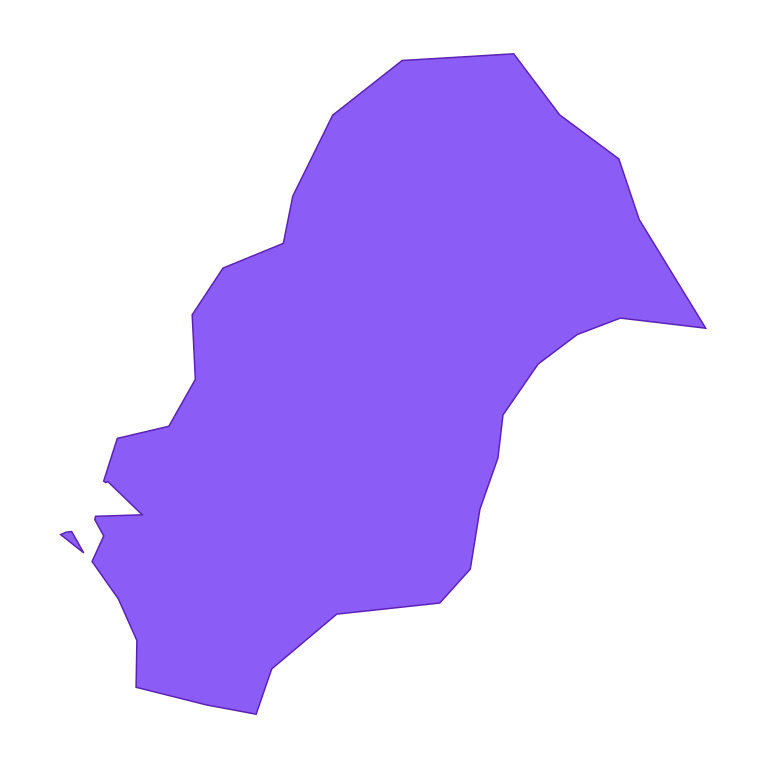 outline of Potamia, Nicosia, Cyprus, rotated 181°
{"feature_id": "46923920B79124900132946", "entity_name": "Potamia", "entity_type": "district", "adm_level": 2, "iso_a3": "CYP", "parent_name": "Cyprus", "parent_adm1": "Nicosia", "projection": "albers", "projection_center": [33.464, 35.05], "detail": "fine", "context": "isolated", "style": "filled", "palette": "violet", "viewbox_px": 768, "rotation_deg": 181, "n_neighbors": 0, "source": "geoboundaries", "source_scale": "gbopen_adm2", "svg_char_len": 706}
<svg xmlns="http://www.w3.org/2000/svg" viewBox="0 0 768 768"><g transform="rotate(181 384 384)"><path d="M63.3,445.4L131.7,552.9L153.1,613.1L213.1,656.2L260.1,716.4L371.5,707.8L440.0,651.9L478.5,570.2L487.1,522.9L547.0,497.1L577.0,449.8L572.7,385.3L598.4,338.0L649.7,325.0L662.6,282.0L660.6,280.6L658.2,281.4L623.5,249.0L670.1,246.7L670.8,243.4L661.6,227.2L672.8,201.4L645.8,164.4L626.6,123.2L626.6,76.4L555.4,59.9L506.1,51.6L491.3,97.2L427.2,153.1L324.4,166.0L294.5,200.4L285.9,260.5L268.8,312.1L264.5,355.1L230.2,406.7L191.7,436.8L148.9,454.0L63.3,445.4ZM701.8,229.1L704.7,227.8L681.3,209.9L689.6,224.1L693.8,231.1L699.6,230.2L701.8,229.1Z" fill="#8b5cf6" stroke="#5b21b6" stroke-width="1.5"/></g></svg>